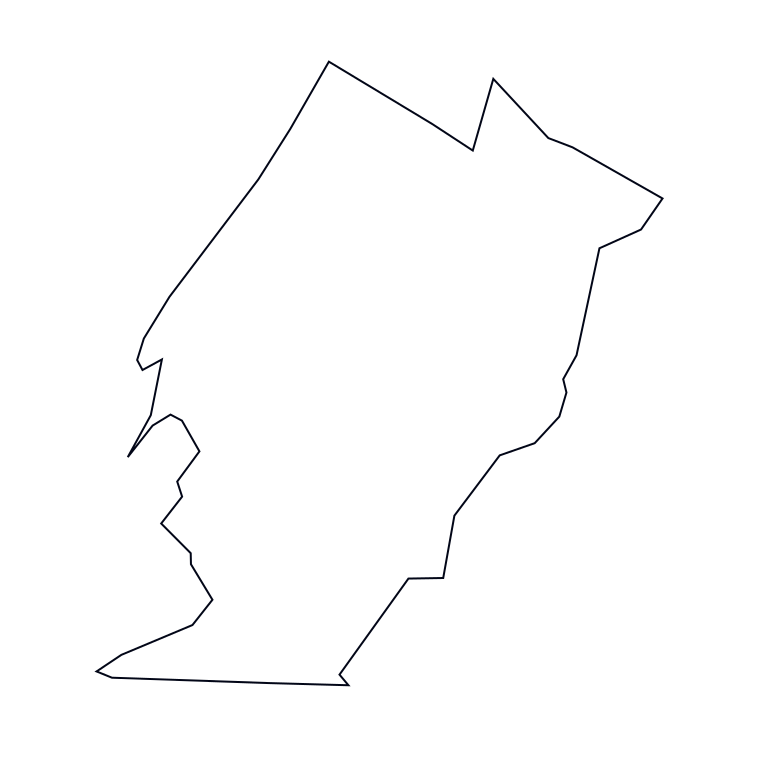 the district of Blair, Pennsylvania, United States of America, rotated 185°
{"feature_id": "52423323B298990066873", "entity_name": "Blair", "entity_type": "district", "adm_level": 2, "iso_a3": "USA", "parent_name": "United States of America", "parent_adm1": "Pennsylvania", "projection": "robinson", "projection_center": [-78.312, 40.493], "detail": "fine", "context": "isolated", "style": "outline", "palette": "ink", "viewbox_px": 768, "rotation_deg": 185, "n_neighbors": 0, "source": "geoboundaries", "source_scale": "gbopen_adm2", "svg_char_len": 700}
<svg xmlns="http://www.w3.org/2000/svg" viewBox="0 0 768 768"><g transform="rotate(185 384 384)"><path d="M499.6,629.9L527.0,576.9L605.3,452.2L627.2,408.4L632.0,386.4L625.8,376.9L607.4,389.1L613.6,332.6L632.9,288.8L610.9,322.4L594.0,334.9L582.1,329.9L562.0,300.8L581.5,268.8L575.3,254.2L593.8,225.6L561.8,198.6L560.6,187.6L536.1,154.1L553.8,127.2L622.0,91.3L645.3,72.6L629.4,67.7L473.1,76.0L393.2,80.8L403.0,90.6L342.7,192.3L308.1,195.9L302.4,259.0L262.5,323.0L228.7,338.2L206.5,366.8L201.5,391.4L205.9,404.4L194.7,429.4L181.2,538.0L141.4,560.3L122.7,593.1L216.8,636.2L241.7,643.3L301.7,697.5L315.9,624.3L358.6,647.2L467.0,700.3L499.6,629.9Z" fill="none" stroke="#020617" stroke-width="2"/></g></svg>